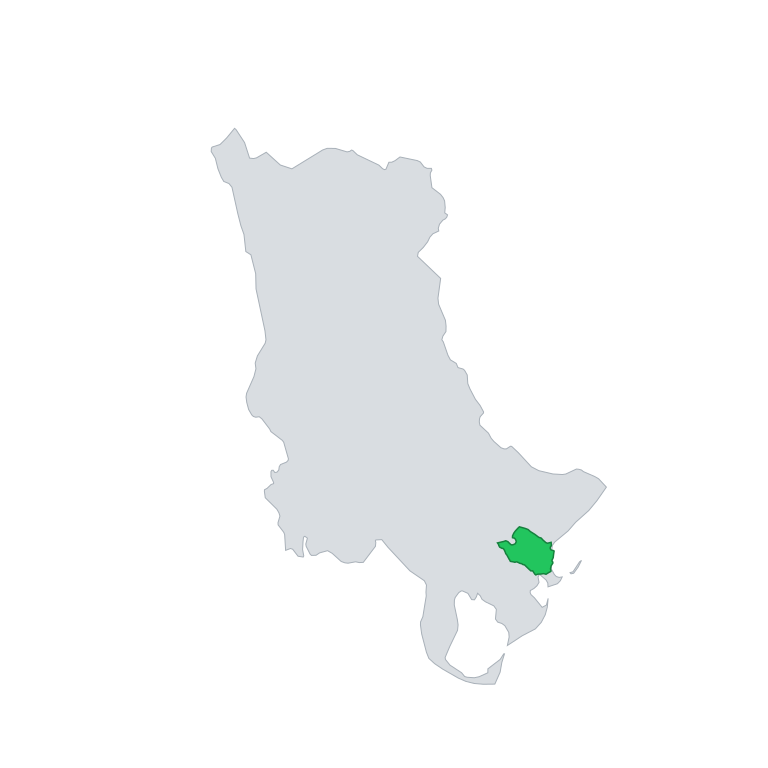 location of Balkanabat, Balkan, Turkmenistan, rotated 224°
{"feature_id": "10190150B87050240782827", "entity_name": "Balkanabat", "entity_type": "district", "adm_level": 2, "iso_a3": "TKM", "parent_name": "Turkmenistan", "parent_adm1": "Balkan", "projection": "robinson", "projection_center": [54.258, 39.343], "detail": "fine", "context": "in_parent", "style": "filled", "palette": "green", "viewbox_px": 768, "rotation_deg": 224, "n_neighbors": 0, "source": "geoboundaries", "source_scale": "gbopen_adm2", "svg_char_len": 5513}
<svg xmlns="http://www.w3.org/2000/svg" viewBox="0 0 768 768"><g transform="rotate(224 384 384)"><path d="M235.6,267.6L267.7,269.3L277.5,270.5L281.5,266.2L281.3,265.2L279.8,264.3L277.4,261.3L275.0,241.3L277.7,238.4L280.9,236.4L285.4,230.1L287.9,228.2L291.5,226.6L303.7,226.2L308.8,224.9L313.0,217.8L313.9,213.6L317.1,210.3L319.0,210.3L327.3,213.2L329.1,214.6L332.0,219.9L335.1,219.5L335.5,218.7L335.2,217.5L332.7,214.3L327.5,208.3L322.3,204.6L321.9,203.4L326.2,200.4L334.9,201.7L337.0,200.7L339.2,196.0L350.9,206.7L353.1,207.7L362.3,209.1L363.9,210.6L367.1,216.7L370.2,218.4L374.1,219.5L390.4,219.7L395.6,223.8L396.5,224.9L395.6,227.8L395.4,233.3L394.2,235.6L395.0,236.5L400.9,238.8L404.4,242.4L404.8,243.9L403.8,245.0L401.1,244.5L399.8,246.1L399.9,249.0L401.9,251.7L402.5,254.2L399.9,260.0L399.9,262.4L400.8,263.8L415.8,272.5L418.1,272.8L432.3,271.2L435.0,272.2L447.5,274.1L451.0,273.8L453.2,271.0L455.4,269.9L457.6,269.9L463.6,271.6L469.9,275.4L474.2,278.8L476.4,281.9L482.7,299.0L486.7,306.0L491.2,309.6L494.6,316.3L497.8,330.8L499.6,333.8L506.6,339.6L542.1,363.5L552.9,374.2L569.5,384.5L575.4,383.3L588.6,394.3L596.8,398.4L607.5,405.0L630.0,419.9L634.8,420.5L639.9,418.4L644.6,419.7L653.0,423.5L662.1,429.2L669.8,431.2L672.0,433.8L672.2,435.1L668.3,442.4L668.1,451.6L669.1,464.1L667.1,464.2L652.0,460.8L637.6,453.1L634.4,455.6L632.8,458.1L629.7,468.9L610.7,469.5L599.7,474.8L590.7,509.7L588.6,514.0L582.6,519.7L571.8,525.3L570.2,527.6L569.9,529.7L568.6,530.3L562.5,530.3L539.7,537.9L534.6,537.9L532.6,538.5L531.8,539.9L534.5,546.9L532.5,548.9L531.2,552.3L530.2,558.4L515.3,567.8L512.1,568.9L506.0,568.0L502.9,569.0L499.7,572.0L498.1,571.1L497.3,568.1L495.6,566.1L485.9,558.5L475.0,559.7L470.9,559.1L467.6,557.8L462.5,553.4L459.2,549.3L455.8,549.8L454.8,547.8L454.6,545.5L455.5,542.7L455.1,537.5L453.1,533.7L450.9,532.1L453.2,526.0L453.0,521.5L451.4,516.6L450.6,509.5L450.8,502.5L448.6,499.1L416.6,499.3L404.8,483.2L400.1,479.3L384.1,472.5L379.6,468.8L375.9,464.8L374.9,459.3L373.1,456.0L370.6,455.5L358.0,449.1L353.0,447.5L346.3,449.0L342.2,447.2L337.5,449.7L335.5,449.8L330.4,448.3L324.0,442.5L318.8,440.2L307.7,436.5L299.9,435.3L293.0,433.1L292.3,432.3L292.1,427.3L291.1,425.3L289.1,422.9L286.4,421.0L274.7,421.2L269.2,419.4L265.0,419.0L255.6,419.4L252.6,420.7L250.9,422.3L249.8,427.1L248.8,427.8L239.7,427.9L220.5,426.8L212.4,429.2L200.0,436.6L192.8,442.8L190.7,445.5L186.5,456.5L184.6,458.0L182.2,459.3L179.7,459.5L168.2,463.8L163.8,464.9L152.4,464.3L149.8,448.1L148.8,435.3L150.1,417.6L149.5,406.2L151.4,388.9L150.7,384.7L144.8,377.1L144.0,371.8L140.5,371.5L134.7,367.0L129.1,365.3L126.3,365.2L123.7,366.5L121.8,369.0L120.5,365.0L120.5,360.8L125.1,352.0L127.9,354.6L131.3,355.6L140.0,355.1L139.1,352.1L134.7,349.0L133.8,345.1L134.1,341.0L135.3,337.1L134.0,335.5L132.0,334.6L127.3,334.7L115.1,333.2L113.6,337.8L117.0,343.8L111.5,336.9L107.7,330.0L105.3,321.8L105.0,313.0L109.7,298.9L113.6,281.6L118.2,288.9L121.7,292.0L129.2,294.1L132.9,293.6L136.8,291.7L140.6,292.4L146.6,299.9L150.9,300.7L159.7,297.8L163.9,297.2L167.6,298.5L171.3,298.5L169.7,295.0L169.0,291.6L171.2,289.8L178.2,291.7L183.7,289.7L184.7,288.8L185.3,285.8L184.5,279.9L183.2,277.4L180.0,273.9L167.6,265.5L163.4,262.2L160.0,257.9L154.3,240.7L150.1,229.8L148.4,228.5L141.2,227.6L127.6,230.2L122.8,229.6L120.5,230.8L115.0,235.4L112.3,239.4L108.7,248.4L111.4,251.3L109.1,266.6L110.4,273.1L109.9,273.6L105.8,265.5L100.3,257.4L95.8,245.1L104.0,237.0L111.0,231.3L118.4,227.0L126.2,224.1L143.6,219.7L153.3,218.0L161.1,217.8L167.1,220.5L183.3,230.4L190.4,236.0L192.4,238.2L194.4,243.6L206.4,260.9L209.2,263.4L213.8,268.9L218.3,270.5L235.6,267.6ZM119.8,391.9L119.4,394.3L117.2,387.3L116.1,379.6L117.6,377.4L119.1,377.5L117.6,380.3L119.8,391.9Z" fill="#d9dde1" stroke="#a8b0b8" stroke-width="1"/><path d="M142.2,352.1L141.8,353.0L141.3,354.0L140.4,355.0L139.1,356.3L138.3,357.4L137.4,358.5L136.4,359.1L135.3,359.7L134.6,362.5L134.2,363.8L133.8,365.1L134.3,365.8L135.8,366.6L136.6,367.9L137.4,369.2L137.8,370.8L138.1,372.4L138.9,373.2L139.8,373.2L140.8,374.0L141.1,375.1L141.7,376.7L143.1,378.5L144.5,380.4L145.6,382.0L146.5,381.8L147.1,381.5L147.9,381.0L148.6,380.7L150.0,381.0L150.7,381.7L151.2,382.6L151.2,383.7L151.9,384.6L153.8,386.2L154.2,385.6L154.8,384.6L155.3,383.8L155.8,383.0L156.6,382.7L157.1,382.4L158.4,382.3L161.1,382.2L161.7,382.2L163.8,382.4L165.1,381.8L166.1,381.2L168.0,381.0L171.3,380.6L172.5,380.3L174.0,380.0L176.3,379.5L177.1,379.5L179.3,379.4L182.1,378.2L184.7,376.8L187.4,375.3L187.5,373.4L187.4,369.4L187.0,366.8L186.0,364.0L184.8,362.7L183.6,363.4L183.2,363.7L182.7,363.7L182.4,363.7L181.3,363.5L180.2,363.0L179.5,362.6L179.2,362.2L178.9,361.1L178.6,360.3L178.8,359.9L178.8,359.7L179.1,359.0L179.2,358.7L179.6,358.0L179.7,357.7L180.0,357.4L180.3,357.0L180.6,356.9L181.3,356.6L181.5,356.6L182.2,356.6L182.6,356.6L184.0,356.6L184.7,356.6L185.3,356.7L186.0,356.4L187.1,356.0L187.6,355.7L188.1,354.7L188.4,354.1L188.5,353.9L189.1,353.0L190.5,350.8L191.9,348.7L192.0,348.5L190.3,348.2L189.3,347.6L188.4,347.3L187.5,347.0L185.0,347.7L184.5,348.1L184.1,348.4L183.1,348.4L182.4,348.2L181.0,347.7L180.0,347.3L178.7,346.6L178.3,346.5L176.7,346.3L176.3,346.2L175.5,345.9L173.8,345.4L172.4,344.9L171.6,344.8L169.9,344.2L168.7,345.0L167.7,345.7L167.2,346.0L166.0,346.7L165.4,347.7L165.0,348.3L162.7,349.1L161.7,349.4L160.7,350.0L160.2,350.4L159.8,350.4L158.4,350.7L157.4,351.5L156.2,351.5L154.2,351.5L152.3,351.5L150.5,351.5L148.5,351.6L147.3,352.9L143.4,352.0L142.2,352.1Z" fill="#22c55e" stroke="#15803d" stroke-width="1.5"/></g></svg>